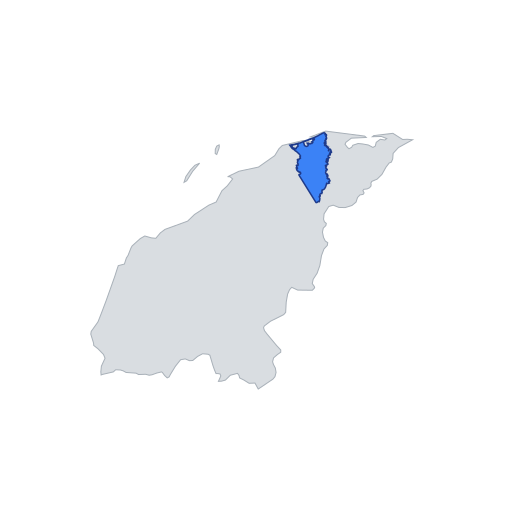 location of Brus Laguna, Gracias a Dios, Honduras, rotated 328°
{"feature_id": "27666195B63914214220022", "entity_name": "Brus Laguna", "entity_type": "district", "adm_level": 2, "iso_a3": "HND", "parent_name": "Honduras", "parent_adm1": "Gracias a Dios", "projection": "albers", "projection_center": [-84.625, 15.441], "detail": "fine", "context": "in_parent", "style": "filled", "palette": "blue", "viewbox_px": 512, "rotation_deg": 328, "n_neighbors": 0, "source": "geoboundaries", "source_scale": "gbopen_adm2", "svg_char_len": 8349}
<svg xmlns="http://www.w3.org/2000/svg" viewBox="0 0 512 512"><g transform="rotate(328 256 256)"><path d="M450.4,240.4L434.3,239.5L426.7,241.6L423.4,246.1L420.6,248.1L418.2,247.7L413.4,249.5L406.1,253.5L399.5,255.0L393.7,254.1L392.0,255.1L391.5,256.4L390.6,257.6L388.4,258.3L385.7,258.0L382.8,256.6L381.3,257.2L381.1,259.8L379.5,260.5L376.5,259.3L373.1,260.2L369.4,263.3L364.1,264.0L357.3,262.2L352.1,258.8L348.4,253.8L343.9,252.6L336.1,256.3L332.8,260.6L332.1,263.2L332.9,265.6L331.4,267.2L327.8,268.0L325.0,271.0L323.1,276.0L322.7,280.0L323.9,282.7L322.1,284.8L317.3,286.1L311.7,290.4L305.1,297.9L298.7,303.0L292.2,306.0L289.1,309.2L289.3,312.8L288.9,314.0L287.7,314.4L285.6,314.9L273.3,307.0L269.7,301.5L266.7,302.3L262.7,305.0L257.2,311.1L251.3,319.5L248.4,320.4L233.8,319.0L226.0,319.7L224.4,320.8L223.6,323.8L224.0,327.9L226.0,342.7L227.2,348.8L226.0,350.7L222.0,350.9L216.9,351.7L214.0,354.5L213.3,357.3L213.0,361.3L211.3,365.4L208.1,368.4L205.0,369.4L187.4,370.0L187.8,363.2L182.7,360.3L179.9,354.6L177.5,350.7L178.3,348.4L178.1,345.7L171.0,343.5L164.3,345.0L160.5,343.9L157.7,342.4L162.6,339.1L163.0,337.0L161.4,335.5L159.8,334.5L160.4,330.7L161.4,326.2L164.3,315.7L163.3,313.9L158.9,310.6L153.3,310.2L147.0,311.1L144.1,309.5L141.5,305.8L137.1,304.0L129.2,306.8L120.8,311.0L118.2,312.5L116.1,312.3L115.2,309.0L114.9,305.1L114.4,304.2L109.9,302.7L104.8,301.6L102.2,300.5L99.7,297.8L93.6,294.3L92.2,291.8L84.1,285.9L82.5,283.0L80.6,280.8L76.7,278.1L73.6,278.7L63.2,275.1L61.6,274.8L63.1,271.9L66.5,267.5L73.8,262.7L74.5,258.7L72.8,250.9L71.0,245.9L72.1,243.7L74.5,234.7L76.3,232.6L86.7,228.3L87.7,227.7L96.0,221.5L105.2,214.5L114.8,206.9L125.5,198.4L131.4,193.4L134.1,191.2L140.1,193.1L145.0,189.0L147.8,187.7L154.3,182.9L156.3,181.8L167.1,179.9L172.3,180.1L176.8,185.1L180.4,187.9L187.2,185.7L192.9,185.2L216.5,190.2L225.8,188.2L243.0,187.9L250.8,189.1L261.7,182.6L268.8,181.3L277.0,178.3L276.0,175.1L274.0,173.7L286.5,175.1L305.2,181.9L325.1,180.8L332.3,177.2L336.9,176.2L357.3,183.1L362.7,188.3L366.9,188.9L370.2,187.7L371.1,186.6L367.0,185.4L365.2,183.8L381.3,187.0L411.7,211.9L412.3,213.9L399.3,206.6L392.5,207.2L390.7,208.4L391.1,212.4L391.7,214.3L394.7,214.5L396.8,213.4L402.2,214.7L405.7,217.4L410.1,221.4L412.7,225.9L415.4,226.0L418.2,223.3L423.3,222.9L426.7,225.9L429.1,225.7L425.7,221.1L417.9,216.5L419.7,216.3L437.1,224.5L442.1,234.9L446.2,237.2L450.4,240.4ZM247.2,150.6L237.1,155.5L234.0,155.4L238.6,151.5L246.0,148.3L252.3,146.7L257.4,147.4L247.2,150.6ZM281.3,145.4L276.5,149.1L275.7,147.5L278.0,144.0L280.9,142.0L283.6,142.2L282.9,143.7L281.3,145.4Z" fill="#d9dde1" stroke="#a8b0b8" stroke-width="1"/><path d="M335.3,210.2L335.2,242.4L335.8,242.9L338.0,242.8L338.3,243.4L338.7,243.2L339.5,242.5L340.1,241.8L340.2,241.6L340.7,241.0L340.9,240.5L340.9,239.6L341.2,239.0L341.4,239.0L342.0,239.3L342.3,239.1L342.5,238.8L342.4,238.2L342.7,237.8L343.1,237.5L344.1,237.4L344.8,237.9L345.1,237.7L345.2,237.4L345.7,237.3L345.8,237.0L345.9,236.4L346.3,236.1L346.5,236.0L346.6,235.8L346.6,235.4L346.9,235.1L348.1,235.3L348.5,235.5L349.8,235.3L351.5,234.4L352.1,233.9L352.5,233.5L353.1,233.1L353.9,232.2L354.5,231.8L354.9,232.4L355.1,232.6L356.1,232.8L356.3,232.9L356.6,233.0L356.9,233.0L356.9,232.8L356.6,232.6L356.6,232.4L356.8,232.1L356.9,231.5L357.2,231.4L357.9,231.7L358.5,231.5L358.7,231.1L358.7,230.7L358.6,230.2L358.8,229.4L358.8,229.1L358.6,228.9L358.2,229.0L358.0,228.9L358.1,228.5L358.1,228.4L357.6,228.2L357.5,227.9L357.6,227.6L358.2,227.4L358.5,227.1L358.7,226.5L358.4,226.0L358.5,225.7L358.8,225.6L359.1,225.7L359.2,226.1L359.3,226.2L359.5,226.2L359.7,225.3L359.6,225.1L359.6,224.8L359.8,224.5L359.8,224.2L359.6,224.0L359.0,224.0L359.0,223.8L359.3,223.6L359.0,223.2L359.1,222.4L359.4,221.9L360.4,221.2L360.6,220.5L361.1,220.4L361.9,220.7L362.3,220.3L362.2,219.9L361.9,219.6L361.9,219.3L362.1,218.8L361.8,218.5L361.8,218.2L362.3,217.8L362.6,217.4L362.6,216.9L362.9,216.8L363.4,217.1L363.6,216.9L363.3,216.7L362.7,216.5L362.7,216.2L363.0,216.0L363.4,216.3L364.2,216.2L364.5,216.3L365.1,216.3L365.3,216.2L365.8,216.2L365.8,215.3L366.0,214.9L365.5,214.4L365.5,213.6L365.3,213.4L365.3,213.2L365.5,213.2L365.6,213.4L365.9,213.5L366.4,213.5L366.6,213.8L367.1,213.9L367.3,213.6L367.3,213.1L367.1,212.8L366.4,212.6L366.3,212.2L366.5,212.1L367.3,212.3L367.5,212.6L367.6,213.1L368.0,213.0L368.3,212.5L368.3,212.2L368.1,212.0L367.2,212.0L367.0,211.9L366.9,211.5L367.1,211.3L367.5,211.1L368.3,211.1L368.5,211.2L368.7,211.8L369.6,211.4L370.4,211.5L370.5,211.5L370.5,211.3L369.7,210.9L370.0,209.5L371.1,209.1L371.7,209.2L372.1,209.5L372.5,209.6L373.4,208.6L373.1,208.5L372.4,208.5L372.6,208.2L373.0,208.0L373.6,208.0L373.8,207.4L374.0,207.4L374.3,207.2L374.5,207.2L374.5,207.4L374.7,208.0L374.9,208.1L375.1,208.0L375.2,207.6L375.0,207.2L374.9,206.8L375.1,206.6L375.3,206.6L375.5,206.4L375.4,205.9L375.6,205.6L375.7,205.2L375.6,204.8L375.3,204.5L374.3,204.5L373.9,204.7L373.6,205.2L373.4,205.3L373.3,205.2L373.4,204.8L374.2,204.2L374.6,203.5L374.6,203.1L374.4,202.8L374.1,202.6L374.1,202.4L374.6,202.2L374.0,201.9L373.9,201.7L374.1,201.5L374.6,201.4L374.7,201.2L374.1,201.1L373.9,201.0L373.9,200.8L373.9,200.2L373.6,199.9L373.6,199.7L373.8,199.6L374.4,199.5L374.4,199.3L374.1,199.0L373.6,198.8L373.0,198.8L372.9,198.3L373.8,197.9L374.3,197.3L375.2,197.4L375.3,197.0L375.2,196.9L374.7,196.8L374.2,197.1L373.9,197.1L373.6,196.8L373.6,196.6L373.9,196.2L374.2,196.0L374.6,196.3L374.9,196.4L375.1,196.3L375.5,195.8L375.6,196.1L375.8,196.0L376.0,195.8L376.0,195.6L375.6,195.0L375.5,194.8L375.7,194.7L375.9,194.9L376.1,195.0L376.3,194.8L376.3,194.5L376.5,194.3L377.1,194.4L377.5,194.2L377.6,193.5L378.0,193.7L378.4,193.5L378.5,192.9L378.7,192.2L378.7,191.5L379.4,191.3L379.7,191.1L380.0,190.5L379.9,190.3L378.9,189.8L378.9,189.6L379.0,189.5L379.5,189.4L379.7,189.2L379.7,188.7L379.4,188.3L379.3,187.8L379.0,187.5L377.7,187.2L373.8,186.9L372.3,186.9L369.9,186.6L368.2,186.5L365.2,185.8L363.2,185.2L361.3,185.0L359.4,184.5L357.4,184.2L358.3,184.8L358.5,184.8L358.3,184.5L359.5,184.7L359.9,185.0L361.2,185.2L361.5,185.4L362.5,185.5L364.1,185.9L365.5,186.0L366.3,186.4L366.3,186.6L366.1,186.8L366.4,187.0L367.1,187.1L367.4,187.5L367.5,187.8L367.2,188.1L366.9,187.9L366.6,187.4L366.3,187.6L366.2,188.1L365.8,187.9L365.4,188.5L364.5,188.6L364.5,188.8L364.2,188.8L364.5,189.3L364.5,189.5L363.9,189.6L363.9,189.8L363.2,189.7L363.1,189.8L363.3,190.0L363.1,190.2L362.9,190.1L362.8,189.8L362.6,189.7L361.5,189.7L361.1,189.5L360.5,188.8L360.5,188.5L360.3,188.4L360.3,188.1L359.9,188.0L359.5,187.6L359.2,187.4L359.0,188.1L359.4,189.0L359.2,189.5L358.4,190.1L357.1,190.0L356.6,189.6L356.0,188.7L355.7,187.9L355.9,187.2L356.1,186.8L356.3,185.4L356.7,184.8L357.2,184.5L356.7,184.0L355.5,183.9L354.7,183.7L353.1,183.5L352.1,182.9L350.9,182.7L350.5,182.4L349.7,182.4L349.3,182.1L347.8,181.7L346.3,181.1L345.5,180.6L344.6,180.4L343.4,179.9L343.4,180.1L344.8,180.7L345.5,181.3L346.3,181.4L347.0,181.7L347.2,181.8L348.0,181.9L348.4,182.2L349.4,182.4L350.3,183.0L350.6,183.3L350.7,183.7L350.6,183.8L350.4,183.7L350.4,183.9L350.5,184.0L350.0,184.6L349.7,185.3L348.0,185.4L347.4,185.6L347.2,185.9L346.9,185.9L346.9,186.2L346.7,186.2L346.0,186.0L345.5,185.6L345.4,185.4L345.4,185.1L345.2,185.3L345.0,185.2L344.7,184.7L344.6,184.3L344.7,183.9L344.5,183.6L344.2,183.5L344.0,183.3L344.4,182.9L344.4,182.7L344.0,182.7L344.0,182.4L344.5,182.5L344.8,182.1L345.0,181.7L344.9,181.3L345.1,181.1L344.7,180.7L344.3,180.7L343.4,180.3L343.5,181.5L343.5,182.8L343.8,184.4L344.6,185.6L344.6,186.1L344.8,186.6L345.1,187.9L345.5,188.3L345.7,188.9L346.7,192.6L346.7,194.2L346.8,194.5L346.6,194.8L346.1,195.0L346.3,195.2L346.1,195.5L345.9,195.5L345.4,196.7L345.0,196.6L344.7,196.6L344.6,196.3L344.4,196.3L343.8,196.8L343.4,196.8L343.2,196.9L342.6,196.2L342.2,196.2L342.1,196.6L341.9,196.8L341.9,197.0L342.1,197.3L341.9,197.7L341.5,197.8L340.7,198.5L340.6,199.2L340.6,199.7L340.6,199.8L340.2,200.0L340.2,200.8L339.6,201.4L338.8,201.0L338.6,200.6L338.4,200.5L338.1,200.8L338.2,201.4L338.0,201.8L337.3,202.4L336.8,202.6L336.9,202.8L337.7,202.9L337.8,203.1L337.5,203.8L337.0,203.9L336.7,203.8L336.4,203.9L336.2,204.8L336.3,205.7L336.5,206.2L336.5,206.5L336.8,206.7L336.8,207.0L337.1,207.3L336.9,207.5L337.2,207.9L337.4,208.2L338.0,208.5L337.8,209.5L337.6,209.7L337.3,209.9L336.9,209.8L336.6,210.0L335.7,209.7L335.4,209.9L335.3,210.2Z" fill="#3b82f6" stroke="#1e3a8a" stroke-width="1.5"/></g></svg>